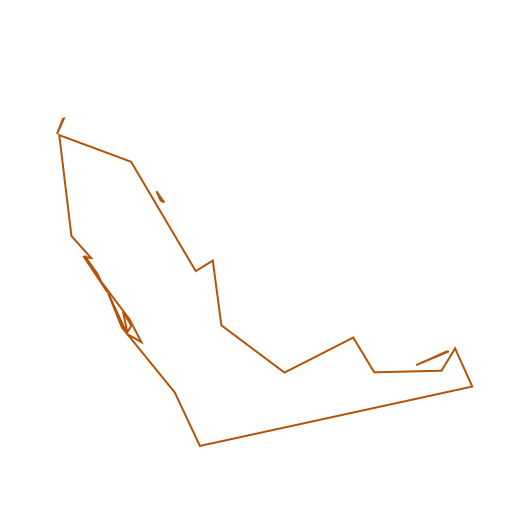 the border of Florida, rotated 164°
{"feature_id": "USA-3542", "entity_name": "Florida", "entity_type": "State", "adm_level": 1, "iso_a3": "USA", "parent_name": "United States of America", "parent_adm1": "", "projection": "equal_earth", "projection_center": [-82.742, 27.771], "detail": "coarse", "context": "isolated", "style": "outline", "palette": "amber", "viewbox_px": 512, "rotation_deg": 164, "n_neighbors": 0, "source": "natural_earth", "source_scale": "10m", "svg_char_len": 726}
<svg xmlns="http://www.w3.org/2000/svg" viewBox="0 0 512 512"><g transform="rotate(164 256 256)"><path d="M90.1,112.3L84.1,70.9L362.3,88.9L371.7,147.2L404.6,224.2L408.4,261.2L401.3,216.4L389.9,204.8L395.1,230.2L411.7,273.5L413.4,282.8L420.3,302.4L420.4,303.3L419.4,301.5L415.0,299.5L427.9,326.0L411.8,426.4L350.1,381.0L318.1,258.1L298.8,263.5L308.4,198.9L260.8,136.1L185.0,150.8L174.4,111.6L109.3,94.6L90.1,112.3ZM395.0,223.4L400.7,218.3L399.2,239.3L395.0,223.4ZM402.8,441.1L413.7,428.1L403.7,441.1L402.8,441.1ZM96.9,111.2L132.1,107.0L99.4,111.6L96.9,111.2ZM415.9,288.8L408.7,261.8L422.0,303.7L415.9,288.8ZM333.8,345.7L331.5,338.4L329.4,332.8L332.4,335.7L333.8,345.7Z" fill="none" stroke="#b45309" stroke-width="2"/></g></svg>